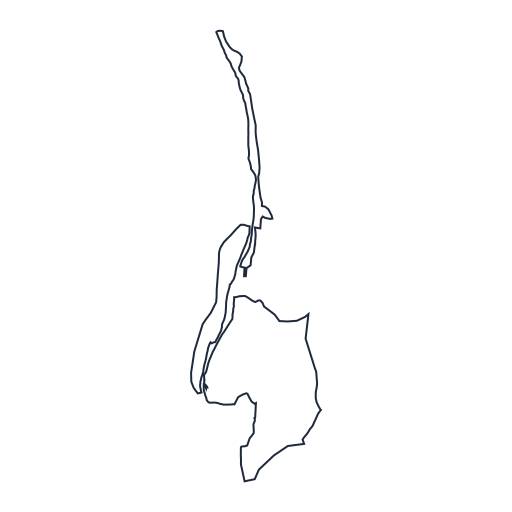 outline of Kum Umbu, Aswan, Egypt
{"feature_id": "37247803B5042289926655", "entity_name": "Kum Umbu", "entity_type": "district", "adm_level": 2, "iso_a3": "EGY", "parent_name": "Egypt", "parent_adm1": "Aswan", "projection": "natural_earth1", "projection_center": [32.92, 24.62], "detail": "fine", "context": "isolated", "style": "outline", "palette": "slate", "viewbox_px": 512, "rotation_deg": 0, "n_neighbors": 0, "source": "geoboundaries", "source_scale": "gbopen_adm2", "svg_char_len": 5767}
<svg xmlns="http://www.w3.org/2000/svg" viewBox="0 0 512 512"><path d="M244.6,481.3L254.7,479.2L254.9,478.8L258.9,469.6L273.4,455.9L273.9,455.4L287.8,446.0L304.1,443.9L302.6,439.5L304.0,437.4L306.9,434.0L308.8,431.1L310.0,429.0L312.1,426.6L313.1,424.8L314.5,421.6L315.5,419.5L317.2,415.6L318.4,413.2L320.9,409.9L320.4,409.5L319.9,408.6L318.9,407.0L316.6,402.2L315.8,398.3L315.7,397.9L315.8,391.8L316.1,390.5L316.8,386.7L316.8,386.4L317.1,383.5L316.4,374.4L316.2,371.7L315.0,368.5L314.8,368.0L313.0,362.2L310.1,353.0L308.6,348.2L305.7,339.0L305.6,338.6L307.6,321.5L308.4,314.1L305.1,316.9L296.8,320.8L293.8,321.0L287.4,321.5L284.6,321.3L282.3,321.2L279.4,321.1L277.2,318.0L275.1,315.2L274.8,314.7L271.7,312.3L267.7,309.3L265.6,307.7L264.0,306.5L262.6,303.0L260.8,300.9L260.1,300.4L258.0,300.6L257.8,300.6L256.7,301.4L255.3,302.0L255.1,302.0L253.6,301.3L252.2,300.6L249.8,298.9L248.5,298.0L248.2,297.8L247.9,297.6L245.9,296.4L245.6,296.2L244.4,296.0L244.1,296.0L243.6,296.0L239.7,296.2L235.2,297.3L234.3,297.1L234.2,297.1L234.1,299.8L233.9,301.8L233.7,304.1L233.9,306.3L233.3,308.5L233.1,311.5L232.5,314.7L232.5,317.7L232.3,319.1L230.3,322.0L226.1,328.6L224.0,331.9L222.1,334.4L219.8,338.6L217.2,343.4L215.5,346.6L214.4,348.9L212.7,352.0L209.5,359.8L208.4,362.8L207.3,367.3L206.1,371.9L206.1,372.0L204.1,374.8L204.2,380.3L204.4,380.2L204.4,380.9L204.1,383.0L204.1,383.9L204.5,384.0L205.4,384.6L206.1,385.6L207.0,386.7L207.3,387.4L206.8,387.4L206.4,387.7L206.3,388.3L206.2,388.7L206.0,388.2L205.9,387.5L205.5,386.5L204.9,385.8L204.5,385.1L203.8,384.8L203.8,385.8L203.7,388.0L203.9,390.7L204.7,393.1L205.3,395.5L206.3,398.0L206.7,400.0L207.7,401.5L209.2,402.6L210.8,402.7L213.3,402.6L215.8,402.6L218.5,403.3L220.2,403.9L223.6,404.6L227.1,404.6L230.9,404.5L234.4,404.1L234.5,404.2L238.2,397.1L242.8,394.5L246.3,393.3L247.5,393.8L249.4,397.7L251.6,401.6L254.7,403.8L255.9,403.1L255.2,417.2L254.4,418.0L254.8,418.4L254.8,421.0L253.5,424.0L253.5,425.3L253.5,425.8L253.8,431.4L253.7,433.1L250.9,436.9L249.7,438.2L247.2,445.5L244.8,446.3L242.9,446.3L241.3,446.7L240.9,447.5L240.8,454.0L241.0,461.3L240.9,464.4L241.3,466.1L244.6,481.3ZM241.6,224.9L240.8,224.7L240.4,225.0L236.0,229.3L230.7,235.3L227.2,238.7L223.9,242.1L220.7,247.2L219.5,250.6L219.0,253.2L218.8,262.7L217.8,274.7L217.3,282.1L216.7,289.8L216.6,297.1L216.1,302.3L210.7,313.0L205.9,319.4L202.7,324.1L198.9,336.5L194.3,351.5L192.9,361.0L191.1,372.6L191.3,381.7L193.6,387.7L195.8,390.8L197.8,393.4L200.9,392.7L201.5,392.5L201.3,391.9L200.9,390.5L200.6,388.7L200.3,387.7L200.1,386.0L200.1,384.7L200.4,382.9L200.4,381.5L200.8,380.2L201.1,378.8L201.6,376.7L202.3,375.1L202.7,373.7L202.9,372.5L203.1,372.2L203.3,371.8L203.4,370.2L203.7,367.9L204.1,366.2L204.5,364.3L205.2,362.0L206.0,358.5L206.5,356.0L206.5,355.6L206.8,353.9L207.8,350.0L208.1,348.0L209.2,345.0L209.8,343.5L210.1,342.8L210.5,342.4L210.8,343.2L211.2,343.4L212.0,343.2L212.8,342.7L213.4,342.4L214.2,342.3L215.1,342.2L215.7,341.2L216.8,339.0L217.7,337.6L218.6,335.5L221.0,330.8L221.5,328.7L222.0,326.9L221.9,325.4L222.2,324.0L222.8,322.5L223.9,320.2L224.6,317.9L225.7,312.4L225.8,310.0L226.1,305.0L226.1,302.7L226.8,298.0L227.1,295.9L227.7,293.3L228.2,291.7L228.9,289.1L229.5,287.2L229.8,284.5L230.4,284.3L231.1,283.4L232.1,281.6L233.6,279.5L234.3,277.5L234.7,276.0L235.2,274.6L235.6,271.4L236.0,269.9L236.3,268.1L236.6,266.6L237.0,265.2L237.9,263.4L239.5,259.6L240.6,257.0L241.1,255.4L241.9,253.5L243.9,248.6L245.7,244.5L246.5,242.4L247.3,239.7L247.7,237.6L248.7,235.5L249.4,233.3L249.6,228.5L249.7,226.4L247.0,225.8L243.5,224.7L241.6,224.9ZM216.3,32.1L216.6,33.0L217.7,35.4L218.6,37.9L220.1,41.0L220.9,43.5L221.5,45.1L222.0,46.5L223.1,48.4L223.8,49.8L224.3,51.3L224.7,52.7L225.5,54.2L226.2,55.6L226.5,57.4L227.9,59.3L229.3,61.2L230.0,62.3L230.9,63.9L231.4,66.1L232.5,68.2L233.9,70.6L235.1,72.5L235.6,74.3L235.5,75.1L236.4,76.8L237.8,78.3L238.2,79.3L238.6,80.2L238.8,83.1L239.3,85.7L240.3,89.5L241.7,92.3L243.0,95.1L243.2,98.3L244.1,100.8L245.2,103.0L245.7,106.1L246.4,109.8L246.7,112.1L247.4,115.1L248.2,119.1L248.3,120.9L248.4,124.4L248.3,128.8L248.4,134.0L248.3,137.3L248.3,145.5L248.6,147.7L248.6,148.3L248.9,150.1L249.0,152.3L249.0,154.5L248.9,156.3L248.5,157.5L248.5,158.8L249.6,161.6L250.1,163.2L250.6,165.1L251.0,167.8L251.1,169.1L251.6,169.8L252.6,171.0L253.2,172.0L253.4,172.2L255.1,174.9L255.7,177.5L256.0,180.0L255.6,182.0L255.4,183.3L254.8,185.4L254.6,187.5L254.2,189.3L253.7,191.1L253.7,192.5L253.7,193.8L253.0,195.8L252.9,197.4L253.1,199.7L253.4,202.7L253.8,205.1L254.0,208.4L253.9,212.8L253.8,215.9L253.7,217.6L253.3,221.0L252.7,224.1L252.4,226.8L252.1,228.8L252.0,229.6L251.8,232.3L251.7,235.1L251.4,236.3L251.1,237.7L251.0,239.8L250.9,240.3L250.6,242.3L250.4,243.0L249.9,244.2L249.9,244.3L249.7,246.8L248.5,249.6L247.5,251.9L245.9,254.5L244.5,257.1L243.3,258.5L241.9,260.9L240.6,265.1L240.2,266.3L240.3,266.4L241.7,267.0L242.6,267.2L244.6,267.6L244.5,267.9L244.5,268.5L244.1,274.9L244.1,276.2L245.8,276.2L246.5,268.1L250.6,265.3L251.3,257.5L253.9,252.5L254.9,244.3L255.1,244.3L255.2,240.7L255.6,237.0L255.6,233.4L255.2,229.6L255.0,227.5L255.6,227.6L260.0,228.4L260.3,228.4L260.9,220.0L260.9,219.3L262.7,216.5L265.0,217.8L269.9,218.9L272.4,218.6L271.6,215.5L268.4,209.3L265.0,206.6L261.9,206.0L262.0,202.6L260.5,197.4L259.2,188.3L258.8,184.8L258.2,176.6L259.1,173.6L259.6,167.6L259.0,159.4L258.0,149.5L257.9,149.1L256.6,141.3L255.9,135.6L255.6,132.2L255.7,125.3L254.3,118.8L252.2,108.4L250.1,94.2L248.2,90.7L248.3,88.5L246.0,83.3L245.3,80.3L244.2,76.8L241.5,73.3L239.6,70.7L238.9,67.7L239.7,66.0L241.4,61.7L241.9,56.5L239.6,53.5L236.9,51.7L234.5,50.8L232.2,49.5L229.9,47.3L226.1,41.6L224.2,36.8L223.0,31.8L222.8,31.1L220.0,30.7L219.2,30.9L218.8,30.9L217.7,31.1L217.2,31.4L216.3,32.1Z" fill="none" stroke="#1e293b" stroke-width="2"/></svg>